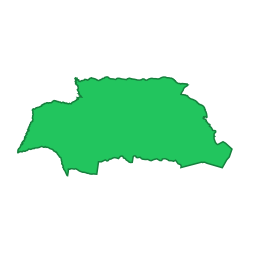 Sene West, Brong Ahafo, Ghana, rotated 98°
{"feature_id": "2480657B37380438315906", "entity_name": "Sene West", "entity_type": "district", "adm_level": 2, "iso_a3": "GHA", "parent_name": "Ghana", "parent_adm1": "Brong Ahafo", "projection": "natural_earth1", "projection_center": [-0.653, 7.749], "detail": "fine", "context": "isolated", "style": "filled", "palette": "green", "viewbox_px": 256, "rotation_deg": 98, "n_neighbors": 0, "source": "geoboundaries", "source_scale": "gbopen_adm2", "svg_char_len": 5783}
<svg xmlns="http://www.w3.org/2000/svg" viewBox="0 0 256 256"><g transform="rotate(98 128 128)"><path d="M154.2,29.1L145.8,25.8L142.6,23.7L134.4,22.1L129.5,29.3L128.4,32.0L131.7,36.5L131.9,37.1L131.4,38.1L130.1,39.5L126.6,41.3L124.9,41.6L124.7,41.6L124.3,41.0L123.8,41.7L121.9,41.9L121.1,41.7L120.5,41.0L119.8,40.6L118.8,40.8L118.5,41.4L118.6,43.8L116.8,44.9L115.8,45.8L114.9,47.5L114.5,47.2L113.2,47.4L112.9,48.1L113.1,48.7L111.0,50.7L110.5,51.6L109.7,51.5L108.8,52.3L108.5,52.9L108.4,54.2L107.7,55.0L107.5,54.9L107.0,54.1L106.4,54.4L106.4,53.7L105.9,53.3L106.7,51.6L106.2,51.3L103.0,52.2L100.9,53.2L100.1,53.9L98.9,54.6L98.7,54.3L98.0,55.0L97.5,55.0L96.1,56.2L95.2,57.8L95.2,58.7L94.7,59.1L94.8,60.2L94.6,61.0L94.1,61.2L94.1,61.5L93.6,62.1L93.3,62.9L93.1,62.8L92.5,63.5L91.6,65.0L90.6,68.1L90.7,68.6L90.1,70.7L89.0,72.6L88.2,73.2L87.7,74.1L87.9,74.4L87.4,75.6L87.6,75.7L87.6,76.2L87.3,76.9L87.4,79.4L87.1,79.8L87.2,80.2L85.7,80.0L83.0,78.7L81.2,78.4L79.8,77.5L77.6,74.9L77.2,74.9L77.0,75.2L76.9,75.0L76.8,75.3L76.6,75.2L76.4,75.4L76.4,75.8L76.2,75.8L76.3,76.5L76.2,77.1L76.6,77.7L76.3,78.2L76.4,79.6L76.6,79.7L76.4,80.5L76.7,81.4L77.0,81.6L77.1,82.2L76.7,82.7L76.9,84.4L76.3,86.0L75.8,86.5L75.6,87.2L75.3,87.6L74.7,87.7L74.4,88.6L73.8,89.0L73.7,89.7L73.2,90.1L72.9,91.0L72.6,92.1L72.8,93.3L72.6,94.2L72.8,96.4L72.4,98.2L72.6,99.9L73.1,101.2L74.1,102.9L74.7,103.4L75.3,105.1L75.3,107.6L75.6,109.5L75.5,111.1L75.7,112.2L76.6,114.2L77.9,115.8L78.1,116.6L78.0,117.2L78.2,117.5L77.4,118.5L77.3,119.5L77.4,120.3L78.4,121.5L79.0,123.2L79.2,125.6L79.0,126.3L78.8,129.2L79.0,129.5L78.8,130.7L79.0,131.0L78.8,131.3L78.5,133.6L79.4,135.5L80.3,136.1L80.3,141.3L80.0,143.3L80.2,145.1L80.6,146.0L81.6,146.8L81.7,147.3L81.5,149.4L81.7,152.3L81.2,153.8L80.6,154.4L80.3,155.7L80.4,156.2L81.1,158.0L82.0,158.5L82.6,160.3L83.2,160.6L83.9,161.6L84.0,162.3L84.5,162.4L85.1,163.6L85.0,165.2L84.6,165.4L84.3,166.5L84.1,166.8L83.7,169.0L83.8,169.6L83.4,171.2L83.8,171.5L83.8,172.1L84.3,172.8L85.2,173.2L85.4,174.0L86.3,174.5L86.3,175.0L85.9,175.7L85.8,177.5L86.7,178.0L86.9,178.7L87.6,180.0L87.6,180.7L88.6,181.7L88.6,183.0L88.3,183.3L87.8,183.3L87.2,183.6L87.5,184.8L85.8,185.4L85.9,186.2L85.6,186.8L86.3,187.4L87.2,186.8L87.6,186.2L88.8,186.6L88.9,186.2L89.5,186.5L89.9,185.8L90.1,186.1L90.9,185.7L91.0,186.1L91.6,186.0L91.9,185.3L92.3,185.1L92.3,184.5L93.3,183.7L93.4,183.3L93.9,183.4L94.9,182.9L96.0,182.7L96.2,183.0L96.7,183.0L97.2,183.5L98.4,182.6L98.9,181.9L99.9,181.7L100.5,181.1L100.9,181.2L101.3,181.0L101.3,181.3L101.5,181.0L102.2,180.8L102.2,180.1L102.5,179.5L103.8,178.3L103.8,180.1L105.0,181.4L105.0,182.3L106.1,181.2L106.4,181.3L106.6,182.7L107.1,182.5L107.6,182.8L108.2,183.8L109.3,184.8L109.7,185.8L110.6,187.0L111.7,187.4L112.0,187.8L111.7,189.4L112.3,190.0L112.4,190.7L112.1,191.3L112.3,191.9L111.9,192.4L111.9,192.9L112.3,193.3L112.4,193.8L111.9,194.2L111.8,194.6L112.0,194.9L111.5,195.5L111.6,196.3L112.1,196.9L112.4,197.6L111.7,198.9L111.9,200.0L111.4,201.2L111.7,201.5L111.7,202.0L111.5,202.6L111.1,203.2L111.3,203.6L111.1,205.0L112.1,206.2L112.3,206.6L113.0,206.8L113.7,207.5L114.0,209.8L114.5,210.1L114.2,211.4L114.3,211.9L115.1,213.0L115.4,214.1L115.6,214.1L116.4,215.3L116.5,215.2L117.2,216.4L117.5,216.7L118.1,216.5L118.4,216.7L118.4,217.1L119.9,219.2L120.0,220.0L120.5,220.7L120.7,221.7L122.3,223.1L122.4,223.8L122.2,224.4L122.7,224.9L123.4,225.2L123.8,225.2L124.5,224.5L126.7,224.3L127.7,223.7L129.4,224.1L130.0,223.9L131.5,224.1L132.4,223.4L133.1,223.3L134.1,223.7L134.7,223.4L135.7,224.7L136.1,225.1L137.1,225.0L137.6,225.1L138.0,225.6L139.4,225.8L139.9,225.6L140.5,226.2L141.4,226.2L142.1,226.7L142.6,226.6L142.9,226.1L143.4,226.1L143.6,226.9L143.8,227.1L144.5,226.6L144.7,226.0L145.7,227.2L146.6,227.6L147.5,227.4L147.9,228.1L148.3,227.9L148.5,227.4L149.7,228.2L150.5,228.4L151.4,229.1L152.2,228.7L152.2,228.4L152.8,229.0L153.9,228.7L154.8,229.5L155.5,229.3L155.7,230.1L156.6,230.6L157.1,230.4L157.5,231.0L158.1,230.8L158.2,230.7L158.4,230.1L158.8,230.4L158.6,230.6L158.9,231.4L159.4,231.7L159.6,231.7L160.3,231.5L160.7,231.9L162.3,232.2L163.8,233.4L164.8,233.8L165.5,233.9L166.4,233.6L167.2,233.9L167.8,233.5L167.4,232.8L166.7,232.3L166.5,231.4L166.2,231.0L166.4,229.8L166.2,229.2L165.4,228.6L165.4,226.7L164.6,225.8L164.2,224.6L162.6,223.3L162.7,221.3L161.5,219.3L161.5,218.2L161.2,218.1L160.6,216.9L160.2,214.7L159.4,212.8L159.0,212.4L158.3,211.1L158.3,210.3L158.8,209.0L158.7,208.2L158.0,207.6L157.9,207.3L158.6,206.5L158.3,205.5L158.4,204.1L159.2,202.6L159.7,199.8L160.1,199.1L160.3,199.1L161.0,198.5L161.1,197.7L162.0,196.1L161.9,195.5L163.4,194.4L165.2,192.5L166.3,191.7L166.4,190.8L166.8,190.3L168.0,189.9L168.5,189.5L169.3,189.5L171.1,188.6L172.7,188.6L173.6,187.6L174.4,187.1L175.2,186.8L175.9,187.1L176.9,186.2L177.9,185.8L179.0,184.6L182.5,182.4L183.5,181.7L183.6,181.2L179.9,181.1L177.0,181.3L177.0,179.8L176.4,179.4L176.1,177.9L176.2,175.5L175.6,174.2L176.1,172.6L177.3,170.2L178.1,166.9L177.9,165.1L178.1,164.2L178.0,163.8L178.5,162.1L178.4,160.7L178.8,159.2L178.7,157.3L178.3,156.0L178.1,152.5L165.5,152.5L165.2,149.7L162.7,146.0L163.5,144.5L163.4,143.7L163.1,143.2L161.5,142.1L161.2,140.7L159.9,138.9L159.2,137.4L159.2,135.5L159.6,133.2L157.2,131.6L156.7,130.6L156.7,129.4L157.6,128.6L158.3,128.3L158.6,126.5L160.0,125.2L160.5,123.8L161.6,122.2L161.8,120.6L161.4,119.0L155.8,118.9L155.1,118.5L154.7,117.8L154.7,116.7L155.3,115.9L156.0,115.7L156.1,114.5L155.3,111.9L156.4,110.5L156.8,109.5L156.8,106.6L156.3,103.9L157.1,101.7L157.1,100.4L155.7,98.2L154.5,95.2L155.8,91.8L155.5,90.2L154.7,89.8L153.9,89.7L153.2,86.9L153.9,83.9L154.4,83.4L154.6,82.7L154.3,80.0L154.6,78.2L153.3,76.4L156.4,73.4L157.0,70.8L158.3,70.0L159.8,70.1L151.5,50.2L151.8,49.2L151.5,48.8L151.2,47.3L151.9,44.9L154.2,29.1Z" fill="#22c55e" stroke="#15803d" stroke-width="1.5"/></g></svg>